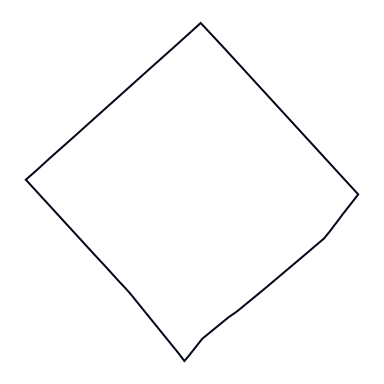 outline of Nova União, Rondônia, Brazil
{"feature_id": "56859067B83973416791305", "entity_name": "Nova União", "entity_type": "district", "adm_level": 2, "iso_a3": "BRA", "parent_name": "Brazil", "parent_adm1": "Rondônia", "projection": "albers", "projection_center": [-62.528, -10.891], "detail": "fine", "context": "isolated", "style": "outline", "palette": "ink", "viewbox_px": 384, "rotation_deg": 0, "n_neighbors": 0, "source": "geoboundaries", "source_scale": "gbopen_adm2", "svg_char_len": 535}
<svg xmlns="http://www.w3.org/2000/svg" viewBox="0 0 384 384"><path d="M25.8,179.7L95.6,255.9L106.4,267.5L117.9,280.2L125.5,288.3L130.0,293.3L179.1,354.0L184.4,361.0L188.9,355.7L202.3,338.7L212.7,330.2L222.5,322.2L228.5,317.3L237.0,311.4L250.7,300.2L265.5,288.0L307.8,252.3L315.0,246.1L323.9,238.6L330.1,231.0L334.2,225.5L336.2,223.0L342.5,214.5L356.3,196.9L358.2,194.4L223.3,47.2L200.7,23.0L174.0,47.1L148.1,70.2L120.6,94.9L96.7,116.3L73.9,136.8L50.0,158.0L35.1,171.6L25.8,179.7Z" fill="none" stroke="#020617" stroke-width="2"/></svg>